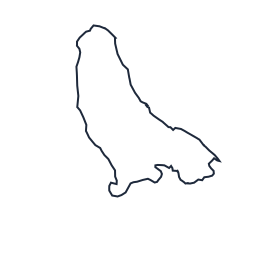 Suakoko, Bong, Liberia (Equal Earth projection), rotated 310°
{"feature_id": "62588387B13478865264863", "entity_name": "Suakoko", "entity_type": "district", "adm_level": 2, "iso_a3": "LBR", "parent_name": "Liberia", "parent_adm1": "Bong", "projection": "equal_earth", "projection_center": [-9.592, 7.068], "detail": "fine", "context": "isolated", "style": "outline", "palette": "slate", "viewbox_px": 256, "rotation_deg": 310, "n_neighbors": 0, "source": "geoboundaries", "source_scale": "gbopen_adm2", "svg_char_len": 2246}
<svg xmlns="http://www.w3.org/2000/svg" viewBox="0 0 256 256"><g transform="rotate(310 128 128)"><path d="M189.0,60.6L189.4,56.4L189.9,50.0L189.6,46.2L189.4,46.2L187.6,40.8L187.4,40.5L184.4,35.7L180.0,35.7L178.1,36.3L174.9,34.0L172.4,33.6L171.9,33.6L166.2,32.9L161.4,33.4L159.4,35.1L158.2,36.0L157.4,39.9L155.2,42.8L151.0,45.3L146.5,47.3L141.8,49.1L137.5,53.2L135.1,55.4L127.8,61.9L120.6,69.4L111.4,75.7L111.4,75.9L110.7,80.0L107.5,86.9L103.6,94.1L98.7,97.7L97.9,99.6L95.7,104.3L94.6,110.1L93.9,114.0L94.2,115.8L94.8,119.6L93.6,122.3L92.1,127.3L91.6,132.9L90.5,135.6L88.9,139.5L87.2,145.3L82.5,149.4L80.5,153.2L78.0,155.1L77.7,155.3L75.4,150.6L75.2,150.1L71.6,150.9L69.7,152.4L68.0,153.9L66.1,159.3L68.2,162.9L68.7,163.8L68.8,164.0L71.2,165.4L72.4,166.1L74.9,166.9L77.1,167.6L87.2,165.6L89.9,167.0L90.6,167.6L92.7,169.5L97.7,172.7L101.9,175.9L102.6,178.6L102.8,179.9L103.4,183.5L105.4,184.9L107.8,184.7L110.1,184.7L111.9,184.7L114.6,183.5L116.0,180.9L116.0,180.5L115.6,174.1L117.0,173.0L118.8,174.5L121.4,177.9L122.8,179.9L123.8,185.2L126.1,185.4L126.6,185.4L125.8,187.8L124.1,189.7L126.6,193.1L126.4,194.3L126.7,194.2L126.4,194.9L125.4,196.2L123.3,198.6L122.1,201.6L122.3,203.0L122.5,205.7L122.4,207.7L124.1,209.1L123.9,209.3L125.4,211.3L126.7,212.3L128.6,213.8L133.7,215.0L135.7,218.4L137.9,218.2L139.3,218.1L140.4,219.1L142.4,221.0L145.6,223.1L148.2,223.1L150.2,221.1L150.5,217.7L151.2,214.7L152.6,212.9L157.3,213.4L159.0,213.4L160.1,213.4L160.5,217.2L161.2,218.7L161.5,219.3L162.2,216.5L163.0,211.9L163.0,204.7L163.5,199.4L163.4,197.8L163.6,197.4L163.4,197.3L163.4,197.2L165.0,190.2L164.6,187.9L164.6,187.5L162.6,176.4L162.1,173.1L161.9,172.2L161.3,169.2L159.6,166.2L159.1,165.3L158.7,164.6L158.5,164.2L155.5,163.8L155.9,160.0L155.1,159.0L154.7,158.4L154.8,156.8L154.8,156.2L154.9,152.6L154.9,151.7L155.0,150.7L154.5,146.5L154.3,144.2L153.9,139.6L154.0,137.2L154.0,135.1L154.6,134.3L155.0,133.8L157.1,131.0L156.6,129.3L157.0,127.5L157.9,128.3L158.3,126.5L157.1,122.9L157.0,122.6L156.6,120.5L158.0,116.9L158.9,113.2L159.5,110.8L159.6,110.5L162.9,102.2L166.9,97.3L167.2,96.8L172.8,90.2L173.1,84.5L173.2,83.3L178.0,72.4L179.7,70.2L179.8,70.0L184.4,63.9L186.6,61.9L188.4,60.3L189.0,60.6Z" fill="none" stroke="#1e293b" stroke-width="2"/></g></svg>